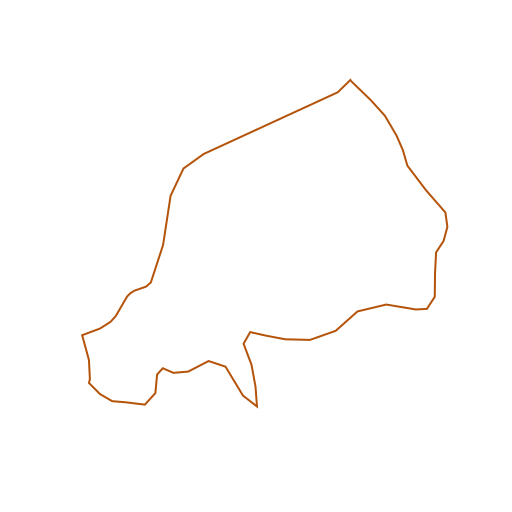 map outline of Viqueque (Equal Earth projection), rotated 165°
{"feature_id": "TLS-552", "entity_name": "Viqueque", "entity_type": "District", "adm_level": 1, "iso_a3": "TLS", "parent_name": "East Timor", "parent_adm1": "", "projection": "equal_earth", "projection_center": [126.408, -8.804], "detail": "fine", "context": "isolated", "style": "outline", "palette": "amber", "viewbox_px": 512, "rotation_deg": 165, "n_neighbors": 0, "source": "natural_earth", "source_scale": "10m", "svg_char_len": 851}
<svg xmlns="http://www.w3.org/2000/svg" viewBox="0 0 512 512"><g transform="rotate(165 256 256)"><path d="M444.4,224.5L425.5,226.3L413.5,230.1L407.1,234.2L390.9,250.3L386.9,252.6L382.2,254.0L370.1,254.9L364.4,257.7L342.9,290.7L322.9,336.3L303.4,359.3L280.1,368.1L134.6,393.0L119.3,401.6L119.1,400.7L104.6,376.5L95.2,358.1L89.1,336.0L86.7,320.1L86.4,304.1L74.8,275.6L61.8,249.0L63.6,234.6L70.9,222.0L81.1,212.9L87.3,193.8L93.9,170.3L104.6,160.7L115.5,163.0L120.3,165.2L142.8,175.4L172.3,176.2L198.4,163.1L225.6,161.0L249.4,168.0L267.0,176.5L281.3,184.0L290.7,174.5L288.5,152.1L290.3,129.9L294.0,110.4L304.7,124.5L314.1,157.0L329.0,166.8L351.4,161.9L366.0,164.5L375.1,171.7L382.2,167.1L388.7,149.6L401.8,141.2L419.7,148.4L432.5,153.0L442.5,163.1L450.2,176.6L448.3,180.1L444.3,198.7L444.4,224.5Z" fill="none" stroke="#b45309" stroke-width="2"/></g></svg>